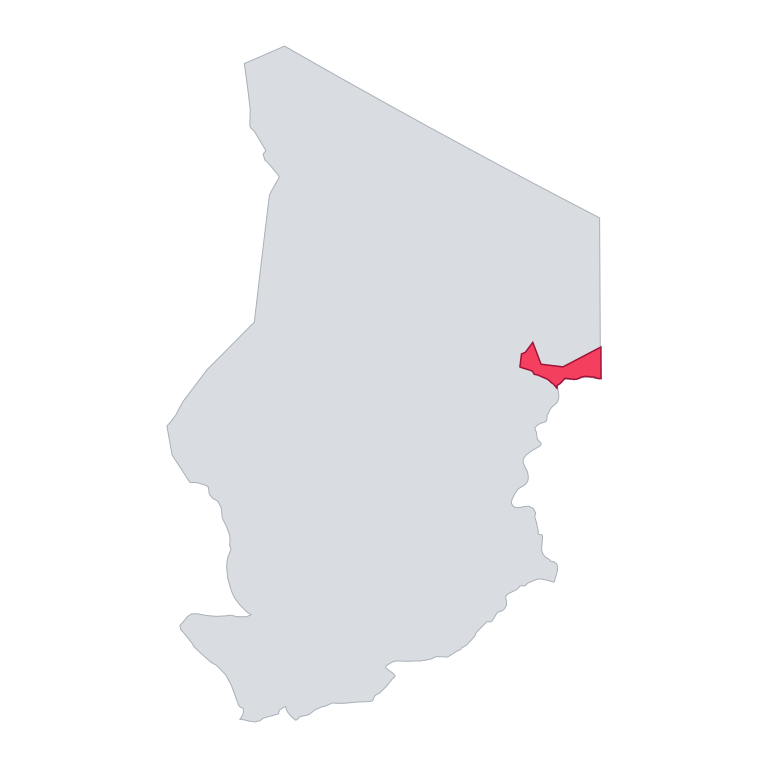 location of Wadi Hawar, Ennedi, Chad
{"feature_id": "50815135B62585523695590", "entity_name": "Wadi Hawar", "entity_type": "district", "adm_level": 2, "iso_a3": "TCD", "parent_name": "Chad", "parent_adm1": "Ennedi", "projection": "albers", "projection_center": [23.147, 16.028], "detail": "fine", "context": "in_parent", "style": "filled", "palette": "rose", "viewbox_px": 768, "rotation_deg": 0, "n_neighbors": 0, "source": "geoboundaries", "source_scale": "gbopen_adm2", "svg_char_len": 5080}
<svg xmlns="http://www.w3.org/2000/svg" viewBox="0 0 768 768"><path d="M599.6,217.9L599.7,236.8L599.8,255.7L599.9,274.7L600.0,293.6L600.1,312.5L600.2,331.5L600.3,350.5L600.4,369.4L600.4,375.7L599.9,378.2L599.6,378.5L598.9,379.0L589.1,377.2L584.9,377.2L578.9,378.6L570.1,379.3L564.5,379.1L560.5,382.3L557.5,386.3L558.9,395.7L558.6,398.8L557.4,402.0L554.7,404.8L552.0,407.0L550.4,409.0L548.4,413.2L547.0,415.2L547.1,417.9L546.6,420.7L545.0,422.1L540.9,423.2L538.2,424.5L536.1,426.5L534.7,428.0L535.4,429.9L536.5,432.6L537.0,436.8L537.4,439.3L539.4,441.3L540.7,442.7L541.1,444.5L539.9,446.0L534.9,449.0L532.9,450.1L530.5,451.7L529.7,452.2L526.0,455.1L524.1,457.7L523.2,459.8L523.2,462.7L525.1,467.2L527.1,470.9L527.9,473.8L528.3,476.8L528.1,479.8L527.1,482.3L525.2,484.6L518.2,488.9L514.8,493.7L512.0,499.4L511.3,502.6L512.1,504.7L513.5,506.5L515.6,507.4L518.6,507.7L523.6,506.7L528.2,506.1L533.2,508.2L535.7,513.1L534.7,516.6L536.6,523.0L538.2,530.8L538.1,533.4L538.8,534.3L541.9,534.8L542.6,536.7L541.5,550.2L543.0,554.0L545.0,556.8L547.4,558.2L549.8,560.0L551.0,561.3L553.7,561.6L556.8,564.0L557.6,567.3L557.4,570.5L555.6,577.4L554.2,582.0L552.4,581.7L548.7,580.6L544.3,579.6L538.8,578.8L533.6,580.6L528.0,583.0L526.2,584.8L524.7,585.9L522.2,585.7L519.9,586.0L518.7,587.7L516.6,589.6L508.5,593.6L506.8,595.0L505.7,596.4L505.7,598.0L506.5,601.2L506.5,605.2L504.7,608.5L502.5,610.6L500.1,611.5L498.1,611.9L496.8,613.2L492.5,620.6L490.7,621.9L486.9,621.7L476.1,632.6L475.0,635.8L471.0,640.4L466.0,645.5L461.6,647.9L461.2,648.8L460.0,649.8L457.2,650.9L447.7,657.0L436.3,656.6L431.2,659.0L426.3,660.0L419.1,661.1L417.0,660.9L407.8,661.3L397.0,660.9L392.9,661.7L389.0,664.0L386.0,666.0L385.6,666.7L386.0,667.5L385.9,668.2L393.3,673.5L395.2,676.0L393.2,678.4L392.3,678.7L392.2,678.9L390.9,680.8L386.4,686.4L379.5,693.1L376.0,694.9L374.6,696.2L372.7,700.6L371.6,701.2L366.9,701.7L357.7,702.0L345.0,703.2L337.4,703.4L332.6,702.9L325.9,705.8L323.5,706.6L322.0,706.8L315.3,709.6L309.7,714.1L307.7,715.0L300.0,716.7L296.8,719.8L295.4,720.1L290.5,715.7L287.3,711.7L285.8,707.8L285.6,706.5L284.7,706.7L281.9,708.4L279.5,710.2L278.3,713.9L270.2,716.2L263.3,718.1L260.1,720.7L255.3,721.9L249.2,721.2L244.4,719.9L239.8,719.3L242.2,716.0L243.1,713.5L243.4,710.4L243.2,708.3L240.4,707.2L238.7,705.5L235.1,695.6L231.4,685.4L226.0,675.3L220.0,668.7L215.6,664.7L214.2,664.1L211.9,662.8L210.3,661.6L202.3,654.6L194.0,646.7L191.9,643.1L187.8,637.8L183.3,632.3L180.9,629.8L179.9,625.4L183.4,621.7L187.1,616.9L191.6,613.8L197.3,613.8L206.5,615.5L216.5,616.4L226.4,615.8L229.0,615.2L231.6,615.3L236.9,616.7L246.2,616.8L251.0,614.9L246.0,611.3L240.6,605.7L235.7,599.6L232.7,594.1L230.1,587.0L227.8,578.4L226.6,567.2L227.1,560.9L228.1,556.4L231.1,549.2L229.5,544.9L230.0,541.4L229.9,536.3L229.1,533.6L225.9,525.0L225.2,524.0L222.3,518.0L221.3,508.1L218.0,501.4L212.4,498.1L209.3,494.1L208.4,487.3L206.2,485.4L197.3,482.7L189.8,482.3L184.7,474.4L178.2,464.3L172.1,454.9L168.8,436.5L166.9,425.9L169.8,422.9L175.4,415.7L182.8,401.7L199.0,380.4L207.2,369.5L223.4,353.3L243.2,333.3L254.3,322.1L256.8,300.9L259.4,278.5L261.4,261.6L263.8,241.6L265.8,224.8L267.3,212.6L269.4,195.3L270.8,192.1L278.5,178.7L279.2,176.9L277.9,174.6L267.9,162.7L264.8,160.0L263.1,154.0L265.9,150.7L254.1,130.9L251.1,128.4L249.9,126.0L249.9,122.5L250.2,109.1L247.7,88.1L244.3,63.5L259.1,57.2L270.3,52.3L284.5,46.1L297.3,53.4L315.9,64.0L334.4,74.5L353.1,85.0L371.8,95.4L390.5,105.9L409.3,116.2L428.1,126.6L447.0,136.9L465.9,147.1L484.9,157.4L503.9,167.6L522.9,177.7L542.0,187.8L561.2,197.9L580.4,207.9L599.6,217.9Z" fill="#d9dde1" stroke="#a8b0b8" stroke-width="1"/><path d="M556.8,388.1L556.8,387.9L557.1,387.5L557.2,387.0L557.2,386.9L557.1,386.7L557.1,386.4L557.0,386.1L557.2,385.4L557.6,385.1L557.9,384.7L558.0,384.6L558.5,384.3L558.8,384.2L559.1,384.2L559.3,384.1L559.7,383.9L560.1,383.6L560.9,382.7L561.1,382.6L561.5,382.3L562.1,381.3L562.6,380.7L563.0,380.5L563.1,380.4L563.3,380.3L563.7,379.7L563.9,379.5L563.9,379.4L564.2,379.0L564.4,378.8L564.6,378.6L565.0,378.6L565.0,378.4L565.9,378.3L566.2,378.4L566.5,378.4L567.7,378.6L567.8,378.6L568.7,378.6L569.0,378.7L569.2,378.8L569.3,378.9L569.8,379.0L570.4,378.9L571.3,379.0L571.6,379.0L571.8,379.0L572.0,379.1L572.8,379.3L573.1,379.4L573.4,379.4L573.6,379.4L573.9,379.5L574.3,379.4L574.5,379.4L574.8,379.4L575.2,379.3L576.9,379.1L577.0,379.0L578.3,378.7L579.1,378.2L580.5,377.5L581.6,377.0L583.2,376.7L584.3,376.5L585.9,376.4L586.7,376.5L587.7,376.5L588.3,376.5L589.1,376.6L589.7,376.8L589.8,376.8L590.0,376.9L590.3,376.9L592.0,376.9L592.8,376.9L593.4,377.0L593.6,377.0L594.3,377.1L594.5,377.2L594.8,377.4L595.4,377.8L596.0,377.9L596.7,378.0L597.4,378.1L597.5,378.2L598.8,378.5L599.9,378.7L601.1,378.6L601.0,366.4L600.9,347.0L562.9,366.9L541.0,364.2L532.8,342.4L525.3,352.4L521.5,353.9L519.9,366.9L522.1,367.8L522.3,367.9L525.6,368.9L526.7,369.2L529.3,370.0L532.5,371.2L532.7,371.6L534.2,374.3L537.8,375.0L540.0,376.0L544.6,378.0L547.8,379.4L550.0,381.3L550.9,382.3L552.0,383.1L553.3,383.9L555.4,386.4L556.7,388.0L556.8,388.1Z" fill="#f43f5e" stroke="#9f1239" stroke-width="1.5"/></svg>